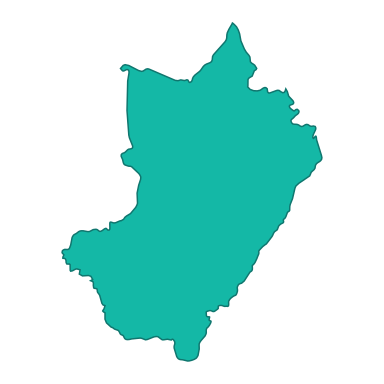 an SVG outline of Lékoumou
{"feature_id": "COG-3344", "entity_name": "Lékoumou", "entity_type": "Region", "adm_level": 1, "iso_a3": "COG", "parent_name": "Republic of the Congo", "parent_adm1": "", "projection": "natural_earth1", "projection_center": [13.496, -3.075], "detail": "fine", "context": "isolated", "style": "filled", "palette": "teal", "viewbox_px": 384, "rotation_deg": 0, "n_neighbors": 0, "source": "natural_earth", "source_scale": "10m", "svg_char_len": 5916}
<svg xmlns="http://www.w3.org/2000/svg" viewBox="0 0 384 384"><path d="M232.4,23.0L232.9,23.3L234.4,24.6L236.5,26.8L238.3,30.1L239.6,33.8L240.9,40.9L244.3,48.9L246.2,52.1L248.9,55.3L249.9,57.0L250.4,61.8L251.6,63.1L253.1,64.0L254.7,65.2L256.7,68.4L256.1,69.6L254.3,70.8L252.2,76.1L249.1,77.9L248.0,79.4L247.9,86.0L247.7,86.9L250.1,89.4L253.6,90.7L257.2,90.9L260.3,90.2L262.9,88.3L264.4,87.6L265.8,87.6L267.2,88.8L267.6,91.9L268.6,92.9L269.7,93.0L276.6,90.5L277.5,90.3L279.0,90.4L281.3,92.0L282.8,92.7L284.2,92.4L285.1,91.1L285.8,88.9L287.3,91.5L288.7,96.2L293.0,100.8L293.6,102.1L293.7,102.9L293.3,103.7L292.8,104.2L292.1,104.5L290.1,105.1L289.3,106.1L289.6,107.3L290.4,108.4L292.7,110.2L293.7,110.8L294.6,110.8L295.2,110.1L296.1,109.5L297.2,109.3L298.7,110.5L299.0,111.8L298.5,113.1L297.6,114.1L295.4,115.7L293.5,117.8L291.5,119.5L290.9,120.6L291.2,121.8L291.8,123.0L292.8,123.9L293.9,124.2L296.3,124.3L297.5,124.5L298.7,125.0L300.3,126.1L301.5,126.5L302.8,126.3L305.4,124.7L306.6,124.4L307.9,124.6L309.3,125.5L310.5,126.2L311.9,126.3L313.3,126.0L315.2,126.5L315.7,127.6L315.8,128.9L315.3,130.3L313.4,134.4L312.9,136.0L312.8,137.6L313.4,138.4L314.1,137.9L315.4,136.2L316.0,136.3L316.3,137.2L316.6,139.9L321.4,155.3L321.9,157.7L321.6,159.3L320.8,160.5L319.8,161.4L317.7,162.7L316.7,163.5L315.9,164.5L315.4,165.6L315.1,167.5L314.9,168.4L314.4,169.1L313.9,169.8L312.2,171.3L311.2,172.3L310.7,173.5L310.5,174.1L309.7,175.9L298.8,183.3L296.0,185.9L295.4,187.1L294.9,188.4L292.5,198.7L290.2,204.5L289.8,206.3L289.7,208.6L289.7,209.9L289.6,210.5L289.2,211.1L287.7,212.1L287.2,213.0L285.9,216.6L285.2,217.9L284.5,218.7L283.6,219.3L283.4,219.7L283.3,220.5L283.6,221.2L283.5,222.3L283.0,222.9L281.0,223.9L279.6,225.0L279.0,225.6L278.5,226.4L277.4,229.4L277.1,229.9L274.7,231.6L274.0,232.5L273.4,233.6L272.5,235.7L271.8,236.8L266.3,244.0L265.9,244.2L265.0,244.8L262.7,246.6L259.4,250.1L258.9,250.9L258.8,251.5L258.7,251.8L258.8,252.2L258.9,252.9L258.7,254.0L257.6,256.6L256.9,258.5L255.1,262.3L254.2,263.7L252.5,265.4L252.3,265.7L252.3,266.2L252.4,268.2L252.3,269.7L252.0,270.4L251.6,271.0L249.9,272.2L244.2,281.0L241.6,283.2L240.5,283.5L239.1,284.1L238.4,284.8L237.9,285.6L237.6,286.4L237.3,287.2L237.2,288.1L237.4,288.9L237.5,290.1L237.4,291.4L236.7,293.6L236.2,294.6L235.7,295.2L234.0,295.9L232.7,296.7L230.6,298.4L229.6,299.6L228.8,301.0L228.6,302.0L228.7,304.3L228.5,305.8L227.9,306.3L227.2,306.4L226.4,306.2L224.9,306.4L224.2,306.3L221.9,305.5L220.8,305.4L219.7,305.5L218.4,306.0L218.2,306.7L218.2,308.5L217.5,309.2L215.0,311.0L214.0,311.5L213.0,311.5L212.3,311.3L211.6,310.9L210.6,310.6L209.5,310.6L207.5,311.2L206.8,311.5L206.3,311.9L206.2,312.2L206.2,312.6L206.4,315.5L206.7,316.3L207.3,316.7L208.1,316.8L208.9,316.8L209.4,316.9L209.6,317.0L209.6,317.3L209.1,319.4L209.2,320.2L209.8,320.6L211.0,321.2L211.0,321.8L210.7,322.9L209.5,325.2L208.3,326.8L206.8,328.2L206.3,329.5L206.2,330.8L206.3,332.2L206.1,333.7L205.1,335.9L201.1,340.5L199.9,342.2L199.2,343.8L199.1,345.1L199.2,347.8L199.2,349.1L198.0,355.5L197.2,356.9L196.4,358.0L195.8,358.5L193.9,359.5L191.7,360.3L189.2,360.9L187.6,361.0L182.7,359.8L180.4,359.6L179.3,359.3L178.3,358.7L177.4,357.7L176.7,356.5L174.2,348.2L174.1,346.8L174.3,345.5L174.7,344.2L174.9,342.9L174.6,341.6L173.9,340.4L173.2,339.5L172.2,339.2L171.3,340.0L170.3,339.8L167.4,339.2L163.7,339.8L162.3,339.8L161.3,339.2L158.0,336.7L156.2,336.5L153.9,336.9L147.3,339.5L145.5,339.8L141.9,338.4L140.7,338.1L139.6,338.1L131.8,338.9L129.1,339.5L127.4,339.6L126.0,339.4L124.9,338.7L124.2,337.6L123.7,336.5L123.1,335.5L122.3,335.1L121.5,334.8L120.9,334.5L120.2,333.8L119.7,332.7L119.1,331.5L118.2,330.4L114.6,329.1L113.3,328.2L112.8,327.7L111.1,327.1L106.5,322.9L105.0,319.2L105.0,312.8L103.4,311.8L102.7,311.0L103.4,309.7L104.0,308.9L105.0,305.6L103.1,305.0L101.9,303.3L99.7,295.4L99.0,294.2L97.8,292.6L97.4,291.8L97.2,289.9L96.9,288.9L96.2,288.6L94.3,288.3L93.7,287.9L93.3,285.3L93.4,283.2L92.9,281.6L90.6,280.7L92.7,279.5L90.9,276.3L88.5,275.5L82.5,275.9L79.3,274.1L80.1,269.8L76.8,268.9L75.4,269.2L72.5,270.8L70.7,271.2L70.2,270.4L70.1,264.7L69.5,264.0L68.1,264.1L66.7,263.9L66.1,262.4L66.0,260.5L65.5,259.1L64.5,258.4L62.9,258.3L62.9,257.1L63.9,254.9L62.1,252.8L62.3,251.0L62.8,250.4L63.3,250.0L64.2,249.6L64.7,249.4L67.6,249.5L68.4,249.3L68.9,248.9L69.4,248.4L69.6,247.9L70.7,245.0L72.1,237.6L72.4,236.9L72.8,236.2L73.4,235.3L73.8,234.9L74.4,234.5L76.3,233.5L78.6,231.7L79.4,231.3L80.2,231.0L81.2,230.8L83.1,230.8L87.6,231.6L88.6,231.6L89.4,231.5L90.2,231.2L92.8,229.8L93.2,229.6L94.8,229.4L95.7,229.3L96.6,229.4L97.3,229.7L99.2,231.1L99.9,231.4L101.0,231.2L102.3,230.5L104.3,229.0L105.5,228.4L106.4,228.5L107.4,229.7L108.1,230.1L109.2,230.0L109.7,229.3L109.9,228.4L109.8,223.7L110.0,222.4L110.5,222.1L111.3,222.2L113.5,222.9L114.6,222.9L115.7,222.7L119.2,221.2L120.2,220.8L121.2,220.7L123.6,219.3L124.9,217.3L126.5,216.0L130.5,213.6L135.7,207.4L136.9,205.1L137.5,203.3L137.1,193.1L138.7,185.2L140.6,179.4L140.7,178.5L140.8,177.1L140.3,175.8L139.5,174.4L138.5,173.2L131.6,166.7L130.6,166.3L128.4,166.1L125.1,165.0L124.2,164.4L123.6,163.4L123.2,162.2L122.6,159.5L121.6,157.3L121.2,156.4L121.2,154.9L121.6,154.2L122.3,153.5L124.4,152.7L125.5,151.9L127.6,149.8L128.6,149.2L131.0,148.8L132.3,148.2L132.7,147.2L132.6,145.9L129.4,137.8L128.8,135.0L127.0,110.5L127.7,81.0L129.0,73.0L129.0,71.4L128.5,70.2L127.6,69.6L126.6,69.6L125.5,70.1L124.4,70.7L123.4,71.0L122.5,70.8L121.6,69.8L120.5,68.5L123.2,65.4L125.1,64.7L128.8,65.5L138.5,70.5L141.6,71.4L143.2,71.0L146.1,69.1L147.8,68.8L149.3,69.2L175.3,80.4L178.0,80.7L180.8,79.9L184.1,80.5L184.8,80.5L186.9,79.8L187.9,80.1L189.1,82.2L189.9,82.5L191.5,81.5L192.2,80.1L192.6,78.4L193.4,76.8L194.9,75.1L199.7,71.3L201.0,69.8L203.2,66.6L204.7,65.1L206.4,64.1L210.0,62.7L211.5,61.6L212.2,60.0L212.6,56.4L213.6,54.6L225.0,41.8L226.2,39.9L226.7,38.1L226.9,34.7L227.3,32.8L228.9,29.3L232.0,24.0L232.4,23.0Z" fill="#14b8a6" stroke="#0f766e" stroke-width="1.5"/></svg>